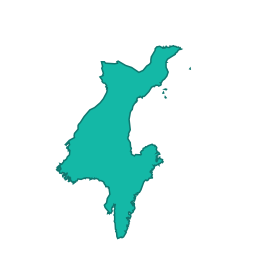 Leyte, Leyte, Philippines (Mercator projection), rotated 216°
{"feature_id": "2640588B34650846802583", "entity_name": "Leyte", "entity_type": "district", "adm_level": 2, "iso_a3": "PHL", "parent_name": "Philippines", "parent_adm1": "Leyte", "projection": "mercator", "projection_center": [124.645, 10.874], "detail": "fine", "context": "isolated", "style": "filled", "palette": "teal", "viewbox_px": 256, "rotation_deg": 216, "n_neighbors": 0, "source": "geoboundaries", "source_scale": "gbopen_adm2", "svg_char_len": 5690}
<svg xmlns="http://www.w3.org/2000/svg" viewBox="0 0 256 256"><g transform="rotate(216 128 128)"><path d="M188.4,166.0L184.8,162.9L184.3,160.9L180.0,157.8L179.8,156.5L179.0,155.8L180.7,152.8L177.0,151.6L176.3,150.4L174.4,150.0L173.0,150.7L170.3,149.9L170.2,148.3L169.4,148.2L169.0,148.5L168.5,148.5L168.4,148.3L168.3,148.2L168.0,147.6L167.9,146.8L166.9,146.1L166.1,144.1L165.1,137.2L165.3,132.0L167.0,124.9L169.5,120.2L170.2,111.5L169.8,104.4L170.1,101.9L169.8,100.6L167.7,97.7L168.1,92.2L167.0,90.0L165.7,88.8L168.2,83.5L168.9,77.7L167.7,77.8L167.6,78.0L167.7,77.9L168.1,78.0L167.3,80.3L168.1,81.6L167.4,81.9L165.4,80.1L165.5,77.7L166.1,76.7L165.8,75.8L164.9,75.8L164.6,76.6L162.9,74.6L162.7,75.8L161.9,75.7L159.6,71.9L160.1,68.9L159.5,66.9L160.0,64.8L160.8,64.1L160.2,62.8L160.4,59.7L162.0,59.2L161.1,58.7L161.1,58.2L160.4,58.2L160.7,58.1L161.0,58.0L160.7,57.5L161.5,57.7L162.0,55.4L161.2,56.1L160.4,56.5L158.8,56.1L158.1,55.2L158.6,53.2L156.8,51.4L154.9,52.3L154.9,53.5L153.1,54.1L152.6,52.5L151.5,52.2L151.0,53.8L151.4,53.5L152.0,53.7L150.6,54.7L150.8,55.6L151.4,55.8L151.0,55.8L150.3,55.2L150.7,53.4L149.7,52.5L149.9,51.4L149.6,51.0L149.7,50.5L148.5,49.4L147.4,50.4L147.9,51.9L147.7,53.0L148.5,54.2L147.0,53.1L146.1,54.0L145.0,53.3L145.3,52.8L146.6,53.1L146.6,52.2L146.0,51.6L144.5,51.6L144.5,52.7L143.0,50.7L143.7,51.7L143.4,52.1L141.4,51.4L140.7,52.0L139.6,50.8L139.2,52.1L139.8,52.8L138.7,53.4L139.1,54.2L138.2,55.3L138.5,57.4L135.7,58.9L133.8,61.9L132.8,62.0L132.7,63.1L129.5,65.1L128.6,64.9L128.9,64.5L128.5,64.2L128.2,65.0L128.1,64.4L127.0,66.1L125.5,66.9L125.5,67.5L125.0,67.2L124.2,68.5L121.9,69.1L120.2,68.5L118.9,69.6L116.8,70.0L115.2,69.8L114.8,69.1L112.3,68.3L111.5,67.5L109.7,68.7L108.9,68.5L108.6,68.1L108.3,68.5L103.7,63.7L103.3,58.8L101.4,54.9L101.8,51.7L99.7,50.2L95.0,49.0L93.9,47.8L94.5,47.5L94.2,46.8L93.5,47.7L93.6,48.4L92.9,48.0L93.1,48.7L91.7,49.0L92.0,51.6L93.5,52.6L94.2,54.2L93.7,55.0L94.3,55.5L94.0,56.3L94.5,57.7L93.9,57.5L93.6,58.6L93.3,58.6L92.3,56.0L91.0,54.9L90.8,53.4L88.2,50.7L88.2,49.4L87.4,49.3L86.6,48.3L84.6,45.6L84.4,44.6L82.5,43.4L78.6,38.7L77.7,38.6L77.0,37.0L76.0,36.9L73.2,33.7L71.4,32.6L69.4,35.8L68.4,35.7L67.6,37.3L68.1,42.4L69.6,42.8L68.8,43.4L69.4,46.7L71.0,47.8L70.1,48.4L71.5,48.9L70.5,49.8L71.3,51.8L72.2,52.2L72.0,53.4L73.1,54.1L74.2,53.6L74.4,54.4L75.9,54.1L76.3,54.5L75.4,55.1L75.7,55.4L75.2,56.0L73.2,55.8L73.7,58.1L74.6,59.0L76.5,58.5L77.9,60.1L77.8,60.8L77.1,61.0L75.2,60.4L74.5,63.2L74.9,64.1L75.6,64.2L74.9,65.6L75.3,67.2L77.6,69.1L78.3,68.1L79.4,68.6L79.1,69.7L78.2,70.2L78.7,70.8L79.5,70.7L80.6,69.1L81.8,69.4L81.9,70.6L80.8,71.2L81.1,72.4L79.9,72.7L80.6,74.9L81.2,74.4L81.9,74.9L81.0,75.4L81.5,77.1L82.2,76.5L83.6,77.5L82.5,78.5L82.7,79.5L81.9,79.0L81.2,79.4L81.3,80.8L82.0,81.4L80.9,82.6L81.2,85.6L83.5,93.5L83.4,95.5L83.0,96.5L81.7,96.5L81.1,98.0L81.3,99.8L79.0,101.9L79.4,102.5L80.7,102.5L80.8,104.4L82.4,105.1L82.8,106.3L83.4,106.4L83.2,105.8L83.5,105.1L83.6,106.1L84.0,106.1L83.6,105.5L84.2,105.5L84.1,106.3L83.6,106.5L84.0,106.5L84.2,106.1L84.4,106.4L84.0,106.8L83.1,106.8L83.9,107.5L83.3,108.8L83.6,109.1L83.9,108.8L84.2,108.7L84.3,108.9L83.5,109.3L83.2,110.6L83.9,112.2L85.1,112.6L84.4,112.8L84.4,113.7L83.6,113.7L82.4,116.2L81.6,116.2L82.2,116.6L82.0,117.2L81.6,117.3L80.5,120.6L79.8,120.4L79.8,121.3L80.8,121.5L81.5,122.7L84.1,121.9L85.1,122.9L85.5,120.8L84.9,117.7L85.4,117.5L86.3,118.4L86.0,119.3L86.9,119.4L86.2,120.8L87.6,121.0L87.5,121.5L87.9,121.2L88.5,121.9L87.8,124.3L86.9,125.4L87.4,125.8L89.0,126.3L90.2,124.6L90.1,125.8L92.6,127.3L93.1,128.9L93.8,129.3L95.1,129.5L95.4,129.0L96.1,129.7L98.1,128.8L98.9,129.0L101.2,125.6L101.8,123.7L102.7,123.2L102.7,122.0L103.7,120.4L102.9,118.7L103.6,117.4L103.5,115.6L101.9,114.7L101.9,113.8L106.2,111.0L106.4,109.2L109.7,108.8L111.2,110.6L111.4,110.2L112.3,110.6L113.4,113.6L114.7,114.1L117.6,117.5L121.7,119.2L122.7,120.7L123.0,122.4L124.3,123.9L125.1,127.8L132.2,135.6L135.3,141.9L135.7,144.1L135.4,145.3L136.8,148.3L137.1,151.5L136.5,154.1L137.1,153.9L136.9,155.9L137.5,155.9L138.1,157.6L137.6,159.0L136.6,159.7L136.8,160.7L134.2,160.7L134.7,162.2L133.6,163.0L133.2,164.3L132.5,169.7L132.9,174.8L131.9,176.8L131.1,176.9L130.8,178.8L128.7,180.2L127.8,180.0L126.7,181.9L126.9,182.8L128.2,183.5L127.6,183.8L128.0,186.7L127.2,189.2L127.1,192.8L128.4,196.9L129.8,197.6L129.5,198.0L129.9,197.8L132.8,199.4L135.8,203.4L135.4,203.8L135.9,203.8L136.3,204.9L136.4,207.2L133.1,215.4L133.6,216.0L132.9,218.8L133.2,220.1L132.2,222.5L131.5,222.6L131.2,223.2L132.5,222.8L132.9,223.4L133.2,222.8L134.6,223.2L136.0,222.0L137.2,222.1L138.7,221.2L139.5,221.3L140.9,219.4L142.1,218.9L141.6,218.2L142.0,217.3L143.8,216.3L145.1,216.5L145.0,215.7L146.0,214.5L145.3,214.4L145.8,213.8L146.6,213.2L147.1,213.9L147.2,213.2L150.4,212.7L152.4,210.5L152.6,208.0L151.7,206.9L150.9,198.9L150.3,198.6L150.1,197.4L148.1,194.5L148.0,192.5L149.3,189.1L149.6,183.5L151.9,179.4L160.6,179.1L166.7,177.2L175.3,176.3L175.9,175.1L174.6,174.2L176.4,172.2L184.3,167.2L186.0,167.7L188.4,166.0ZM159.4,52.2L158.2,52.7L158.8,53.5L158.3,55.1L159.0,56.1L160.6,56.3L162.0,54.9L161.4,54.0L160.7,54.4L161.2,53.5L159.9,53.1L159.4,52.2ZM121.0,180.9L119.6,181.4L119.6,181.9L120.4,181.7L121.0,180.9ZM150.2,50.1L149.2,49.9L149.7,50.4L150.0,51.2L150.2,50.1ZM115.4,174.4L115.1,174.8L116.2,175.1L116.0,174.6L115.4,174.4ZM160.6,52.2L160.5,52.9L161.1,52.8L161.2,52.3L160.6,52.2ZM153.0,51.3L152.2,50.3L152.0,50.5L152.3,51.4L153.0,51.3ZM168.4,147.4L168.0,147.7L169.0,148.5L168.6,148.0L168.4,147.4ZM144.8,49.8L144.4,49.9L144.2,50.4L145.0,50.6L144.8,49.8ZM120.1,176.8L119.7,177.2L120.3,177.7L120.3,177.2L120.1,176.8ZM112.7,212.6L112.7,212.2L112.4,212.3L112.7,212.6Z" fill="#14b8a6" stroke="#0f766e" stroke-width="1.5"/></g></svg>